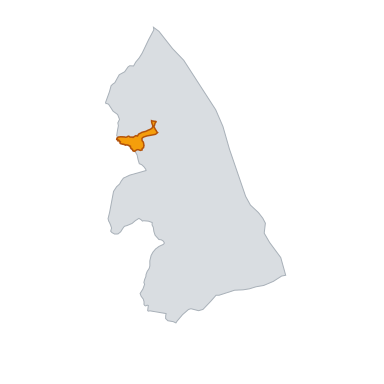 Cavala, Grand Gedeh, Liberia shown in context, rotated 209°
{"feature_id": "62588387B63271162227743", "entity_name": "Cavala", "entity_type": "district", "adm_level": 2, "iso_a3": "LBR", "parent_name": "Liberia", "parent_adm1": "Grand Gedeh", "projection": "mercator", "projection_center": [-8.18, 6.013], "detail": "fine", "context": "in_parent", "style": "filled", "palette": "amber", "viewbox_px": 384, "rotation_deg": 209, "n_neighbors": 0, "source": "geoboundaries", "source_scale": "gbopen_adm2", "svg_char_len": 4417}
<svg xmlns="http://www.w3.org/2000/svg" viewBox="0 0 384 384"><g transform="rotate(209 192 192)"><path d="M69.7,164.6L72.9,161.9L77.5,153.3L84.0,145.0L90.1,140.1L94.9,135.1L99.9,131.2L107.2,126.7L118.3,114.8L120.9,113.4L122.7,105.2L125.5,94.6L128.7,91.4L136.3,89.4L138.1,87.6L140.8,80.2L142.5,71.6L142.6,69.7L145.6,69.5L150.7,67.7L153.7,68.5L155.0,71.0L155.7,73.1L171.1,67.7L172.5,66.6L173.3,66.8L175.2,71.6L176.3,71.3L177.3,69.9L178.3,69.8L179.5,70.4L180.7,72.7L182.7,74.7L186.0,76.2L188.2,78.1L187.9,83.3L188.7,88.3L190.2,89.5L191.0,92.5L191.4,95.8L192.2,97.5L192.7,100.9L192.4,104.4L193.0,106.9L195.5,111.3L197.0,116.7L197.0,120.6L196.2,124.6L194.5,128.4L191.6,132.4L191.4,134.0L193.1,135.1L195.7,135.3L197.9,134.4L203.3,136.3L206.2,139.0L208.7,142.3L211.0,143.9L212.0,146.0L215.9,145.4L220.4,143.4L221.3,142.5L222.7,143.0L225.6,143.2L227.6,139.6L229.2,135.4L232.7,131.0L234.5,129.2L234.9,126.3L235.1,122.6L236.4,119.4L239.3,117.7L242.4,117.7L244.1,118.3L244.9,121.5L247.4,123.8L249.6,125.5L250.7,126.1L252.5,128.0L254.2,134.3L260.9,154.5L260.5,160.1L259.2,163.8L259.2,167.3L258.7,170.9L254.6,176.6L242.6,188.5L243.5,189.5L246.4,190.8L249.3,191.5L251.8,191.2L254.8,194.1L258.0,197.8L261.4,199.8L266.4,201.5L270.7,201.7L274.4,201.0L279.6,201.7L285.2,204.8L287.1,209.9L288.5,214.3L290.4,216.5L290.6,220.4L294.6,223.7L300.2,224.4L307.5,228.3L309.3,228.1L310.1,227.6L311.0,228.4L312.8,239.7L314.3,245.8L313.5,248.2L312.5,250.1L312.5,259.3L309.2,264.5L308.6,270.3L307.7,272.2L304.2,273.9L304.2,278.3L303.2,283.6L302.9,289.3L303.8,304.2L304.0,315.3L305.6,317.4L298.8,316.5L278.6,308.0L263.1,303.2L211.1,275.4L196.7,264.3L180.1,247.7L143.0,214.2L134.6,208.9L123.9,206.2L117.4,203.4L112.7,200.3L108.9,191.0L99.7,185.5L82.6,177.7L69.7,164.6Z" fill="#d9dde1" stroke="#a8b0b8" stroke-width="1"/><path d="M261.9,234.7L261.4,233.8L260.5,232.8L259.5,231.9L258.8,231.3L258.4,231.0L258.0,229.9L257.9,228.6L258.8,226.7L260.5,224.6L261.5,223.1L262.0,222.5L262.1,222.4L263.2,221.4L264.5,220.1L264.7,219.9L265.1,219.4L265.3,219.0L265.4,218.6L265.5,218.5L265.9,218.0L266.4,217.5L266.8,216.4L266.8,215.6L266.8,214.6L267.0,214.5L267.6,214.2L268.3,214.2L268.7,213.7L268.9,213.3L269.5,212.3L269.6,212.2L269.8,211.3L270.4,211.0L271.1,211.1L271.5,210.6L272.4,210.2L272.7,210.0L273.1,210.1L273.6,210.1L274.0,210.2L274.7,210.0L275.1,209.5L275.6,208.6L276.4,207.8L276.8,207.7L277.3,207.5L278.1,207.3L279.1,206.7L279.3,206.7L280.2,206.2L281.1,205.8L281.6,205.4L282.1,205.0L282.9,204.5L283.2,203.9L283.7,203.1L283.7,202.6L283.5,202.4L283.5,202.1L283.5,201.7L283.3,201.4L283.2,201.4L283.2,201.7L283.0,201.9L282.8,202.1L282.5,202.0L282.3,201.7L281.7,200.9L281.6,201.0L281.3,201.6L281.1,201.8L280.9,201.8L280.7,201.7L280.4,201.3L280.2,201.0L280.1,200.9L280.0,201.0L279.9,201.2L279.8,201.3L279.7,201.2L279.7,200.9L279.3,200.9L279.3,201.0L279.1,201.1L278.9,201.1L278.8,200.5L278.8,200.2L278.6,199.9L278.4,199.7L278.2,199.7L277.8,199.7L277.5,199.8L277.3,199.8L277.1,199.9L276.7,200.1L276.4,200.0L275.9,200.1L275.8,200.3L275.6,200.5L275.4,200.5L275.0,200.5L274.7,200.5L274.2,200.7L274.0,200.9L273.7,200.9L273.5,200.7L273.3,200.6L273.1,200.6L272.9,200.7L272.8,201.0L272.6,201.3L272.4,201.4L272.0,201.4L271.8,201.5L271.6,201.6L271.4,201.8L270.8,202.0L270.3,201.9L270.1,202.0L269.7,202.1L269.4,202.0L269.1,202.0L268.9,202.0L268.7,202.2L268.1,202.2L268.1,201.7L267.7,201.4L267.4,201.4L267.3,201.2L267.2,201.0L267.1,200.8L266.9,200.7L266.7,200.7L266.4,200.5L266.1,200.6L266.0,200.4L265.9,200.3L265.7,200.5L265.4,200.5L265.1,200.4L264.7,200.1L264.1,199.7L263.9,199.5L263.6,199.8L263.3,199.6L263.0,199.5L262.9,199.7L262.7,199.8L262.2,199.6L261.5,200.4L261.1,201.6L260.8,202.0L260.5,202.4L259.4,203.0L258.2,203.2L257.2,203.4L256.7,204.0L256.2,204.4L256.0,204.7L256.4,205.2L256.6,205.5L256.5,206.3L255.9,207.1L256.1,208.1L256.6,209.0L256.5,209.3L258.1,211.3L258.7,212.0L260.5,212.7L261.1,213.6L261.7,214.4L261.6,215.4L260.9,216.7L258.6,219.2L255.5,221.7L252.3,224.4L252.0,224.7L251.6,225.4L251.4,225.9L251.2,226.5L250.9,227.3L251.5,227.4L252.1,227.7L252.6,228.0L253.1,228.4L253.9,228.7L254.0,228.8L254.7,229.1L255.3,229.7L256.1,230.0L256.4,230.2L256.6,230.3L256.8,230.5L256.9,230.8L257.1,231.2L257.1,231.8L257.2,232.6L257.5,233.4L257.6,233.7L257.6,233.9L257.7,234.2L257.7,234.4L257.6,234.7L257.5,235.2L257.5,236.1L257.4,236.7L257.6,236.3L257.7,236.2L258.4,236.0L259.5,235.5L261.8,234.7L261.9,234.7Z" fill="#f59e0b" stroke="#b45309" stroke-width="1.5"/></g></svg>